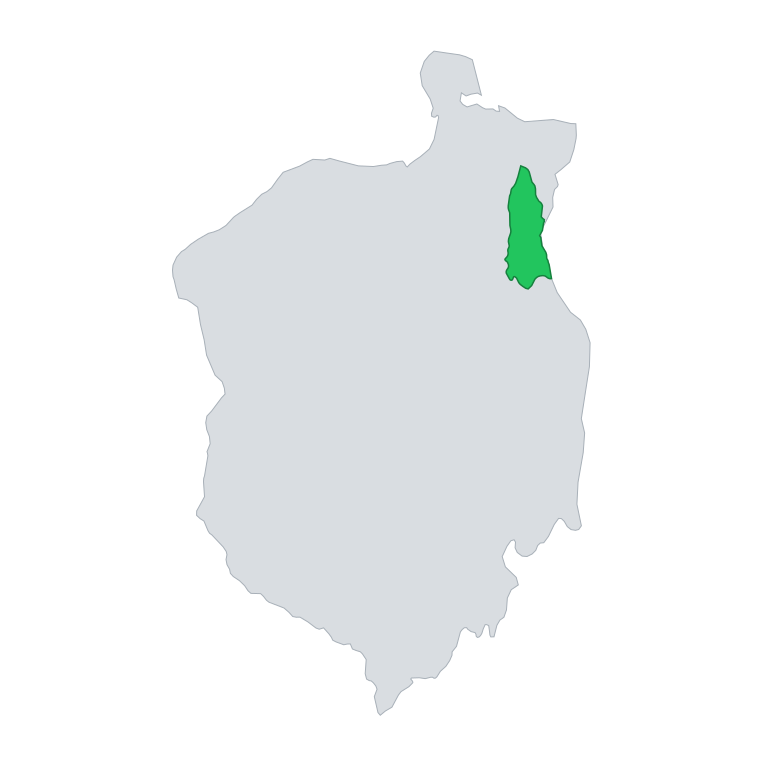 Calarasi on a map of Romania (Equal Earth projection), rotated 268°
{"feature_id": "ROU-129", "entity_name": "Calarasi", "entity_type": "County", "adm_level": 1, "iso_a3": "ROU", "parent_name": "Romania", "parent_adm1": "", "projection": "equal_earth", "projection_center": [26.943, 44.314], "detail": "fine", "context": "in_parent", "style": "filled", "palette": "green", "viewbox_px": 768, "rotation_deg": 268, "n_neighbors": 0, "source": "natural_earth", "source_scale": "10m", "svg_char_len": 4810}
<svg xmlns="http://www.w3.org/2000/svg" viewBox="0 0 768 768"><g transform="rotate(268 384 384)"><path d="M609.9,428.3L617.3,437.6L626.7,442.6L648.5,447.9L650.5,447.3L650.7,446.3L649.1,444.9L648.9,443.2L649.9,441.0L652.9,440.9L657.9,442.8L667.2,440.1L680.8,432.6L693.5,431.1L705.0,435.5L711.0,440.7L714.9,445.6L713.8,451.7L713.1,455.4L710.3,471.1L708.3,477.0L705.0,483.6L669.2,491.4L671.5,487.6L670.6,481.0L669.0,476.1L672.3,471.5L664.2,469.9L660.7,472.4L658.0,476.7L660.6,486.6L656.7,492.1L655.2,495.2L655.1,502.5L652.8,505.6L652.4,509.0L658.1,508.2L655.6,514.5L645.0,526.6L641.2,533.8L642.4,562.5L637.8,579.7L637.4,584.8L625.9,584.9L622.5,584.5L611.6,581.9L599.4,577.4L592.2,568.5L587.6,562.2L577.2,565.0L575.3,564.3L572.4,561.2L564.6,559.1L555.0,559.1L533.4,547.5L531.0,545.6L514.1,547.5L488.7,553.2L469.3,560.3L449.2,572.9L441.1,582.5L431.6,587.6L418.1,591.4L394.2,589.9L369.3,585.1L342.5,580.0L328.0,582.8L308.5,580.7L279.1,574.5L257.1,572.6L235.4,576.3L231.8,573.5L231.1,570.3L232.0,565.8L235.1,562.2L240.4,559.4L243.3,556.6L243.6,553.8L237.8,549.3L225.9,543.0L221.0,539.1L219.8,538.1L219.6,534.6L217.2,531.9L212.5,529.9L209.0,526.2L206.6,520.9L207.2,516.0L211.0,511.3L215.7,509.3L221.4,509.9L223.8,508.6L222.9,505.3L217.5,501.2L207.4,496.1L197.0,498.9L186.1,509.4L178.5,511.2L174.0,504.0L165.8,499.8L153.9,498.5L146.7,495.7L144.0,491.6L138.9,488.4L127.5,485.1L127.5,481.9L129.4,481.1L133.4,480.8L138.9,480.2L139.9,478.3L140.0,476.7L135.7,474.6L131.4,473.1L129.2,471.7L127.8,470.1L127.5,468.4L128.8,467.3L130.6,467.2L132.4,466.3L133.5,462.4L135.9,459.2L137.6,458.1L137.6,455.8L135.9,453.6L133.6,451.7L130.1,450.6L119.3,447.3L113.9,442.7L110.6,442.5L105.3,440.0L99.7,436.0L94.9,430.3L89.6,426.7L88.3,425.2L88.2,423.7L89.3,422.2L89.3,420.4L88.1,414.9L89.2,409.1L89.2,403.6L89.2,401.1L88.2,400.4L87.2,401.2L85.9,402.2L84.5,402.4L80.7,398.4L76.0,390.3L72.7,387.6L66.2,383.8L60.8,380.7L57.1,373.9L53.1,368.7L55.9,366.5L71.9,363.4L79.2,366.4L82.5,365.3L85.8,362.9L87.7,360.9L88.1,358.9L89.7,356.3L95.1,355.1L109.2,356.6L115.1,353.0L117.2,351.0L118.7,346.7L120.3,343.2L125.4,341.3L125.4,338.1L124.8,334.7L128.0,326.9L129.8,323.8L132.7,322.6L136.3,320.2L142.4,315.1L141.2,310.7L142.5,307.5L149.0,299.5L153.9,291.9L154.0,288.1L154.8,284.7L159.1,281.1L163.6,276.3L169.9,261.5L172.0,259.0L175.9,256.2L178.8,253.4L179.4,243.7L182.1,240.9L187.3,237.7L192.5,232.7L196.8,226.7L200.1,223.9L204.3,223.2L208.9,220.8L214.0,220.0L218.9,221.1L222.1,220.5L226.8,217.6L239.2,206.7L240.9,204.5L243.5,203.0L253.3,199.3L255.9,195.5L259.3,192.1L263.7,192.4L277.6,200.7L292.8,200.2L295.6,200.5L296.5,200.7L298.3,201.4L318.4,205.5L321.5,205.1L322.4,204.7L330.4,208.2L337.6,207.7L344.5,205.3L351.6,204.5L358.1,205.9L363.0,210.8L375.7,221.0L379.5,224.8L385.4,224.3L392.0,222.3L398.7,215.5L419.0,207.7L434.5,205.8L449.7,202.7L467.2,200.5L472.2,194.2L475.1,189.9L477.1,181.9L486.5,179.6L495.4,177.9L498.6,176.9L505.1,176.6L510.2,177.3L518.0,181.2L523.4,186.2L525.6,190.1L530.3,195.6L535.2,203.4L540.7,213.8L541.9,219.1L543.9,224.8L548.0,231.7L555.8,239.4L556.9,240.9L560.4,246.3L567.3,258.3L573.0,263.1L577.9,268.4L580.3,273.6L583.9,278.4L592.3,284.8L599.1,290.6L604.7,307.3L608.5,314.9L611.0,320.8L609.9,332.7L611.4,337.8L608.4,347.2L602.9,366.0L601.7,381.0L602.7,389.1L602.9,394.3L604.2,397.6L605.8,404.4L606.1,410.4L604.0,412.1L601.2,413.5L600.1,414.8L602.8,417.5L606.3,422.5L609.9,428.3Z" fill="#d9dde1" stroke="#a8b0b8" stroke-width="1"/><path d="M540.9,549.9L539.4,549.1L532.0,547.7L526.8,544.7L525.0,545.8L516.7,546.6L510.0,550.3L507.4,551.0L504.3,551.0L503.4,551.2L502.0,552.0L501.4,552.2L499.9,552.4L497.6,553.2L483.5,555.1L483.4,553.8L483.6,552.9L484.1,551.7L486.2,549.0L486.6,547.7L486.8,546.2L486.6,543.9L486.1,541.9L485.1,540.2L483.5,538.5L477.2,535.0L474.0,531.4L474.7,529.0L476.6,526.3L478.4,524.1L479.6,522.9L480.9,522.1L485.2,520.2L486.0,519.4L486.5,518.7L486.8,517.9L486.7,517.4L486.3,517.1L485.0,516.6L484.0,516.1L483.3,515.4L483.4,514.2L483.7,513.7L484.9,512.9L490.5,510.1L491.7,510.0L492.7,510.2L493.7,510.7L495.9,512.2L496.8,512.5L497.8,512.6L499.0,512.5L500.7,511.9L501.4,511.6L502.0,511.1L503.0,509.8L503.6,509.4L504.2,509.2L504.8,509.4L507.1,511.6L508.3,512.2L509.6,512.6L511.4,512.6L512.5,512.4L513.5,512.4L514.4,512.6L516.5,513.7L517.8,514.0L521.8,513.3L523.2,513.4L524.9,513.7L530.1,515.7L531.7,516.1L533.9,516.1L538.0,515.4L550.6,515.6L551.8,515.3L553.8,514.6L555.6,514.3L557.8,514.4L567.6,516.1L569.7,517.1L573.6,517.9L574.5,518.3L575.6,519.2L577.1,520.7L580.0,522.6L586.5,525.1L597.2,528.3L595.1,533.0L593.3,535.2L590.9,536.5L580.7,538.9L578.2,540.8L576.7,541.7L573.8,542.2L567.9,542.1L565.1,543.0L561.4,545.1L560.8,545.7L560.2,546.6L559.0,547.6L557.5,548.3L556.4,548.6L545.6,547.0L544.5,547.9L543.7,548.6L542.8,549.8L542.7,549.7L540.9,549.9Z" fill="#22c55e" stroke="#15803d" stroke-width="1.5"/></g></svg>